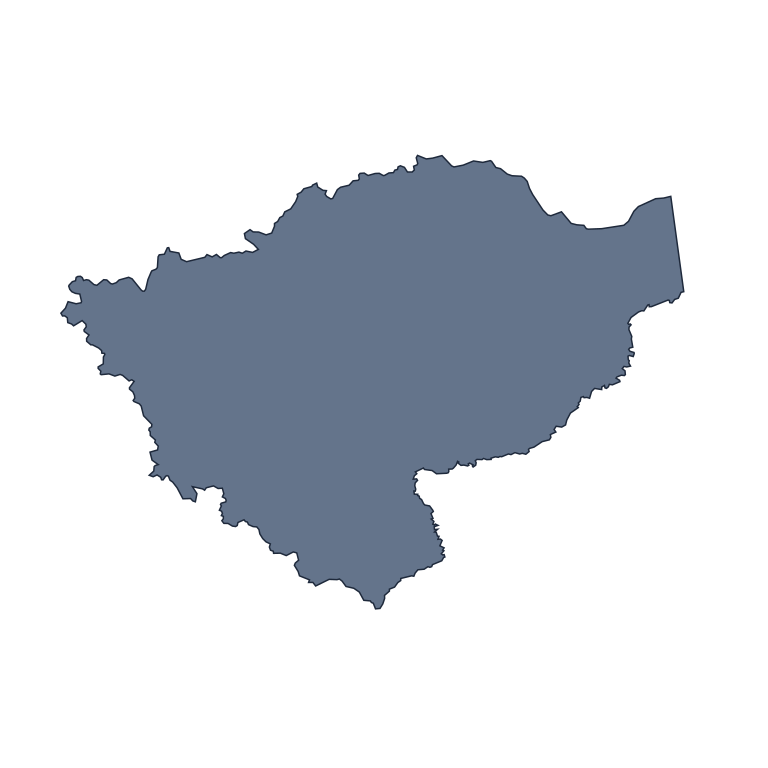 the district of Uruará, Pará, Brazil, rotated 82°
{"feature_id": "56859067B7583644693749", "entity_name": "Uruará", "entity_type": "district", "adm_level": 2, "iso_a3": "BRA", "parent_name": "Brazil", "parent_adm1": "Pará", "projection": "natural_earth1", "projection_center": [-53.819, -3.577], "detail": "fine", "context": "isolated", "style": "filled", "palette": "slate", "viewbox_px": 768, "rotation_deg": 82, "n_neighbors": 0, "source": "geoboundaries", "source_scale": "gbopen_adm2", "svg_char_len": 6147}
<svg xmlns="http://www.w3.org/2000/svg" viewBox="0 0 768 768"><g transform="rotate(82 384 384)"><path d="M596.9,427.7L598.6,426.9L599.6,425.1L605.5,423.7L605.7,419.2L601.6,415.8L596.4,413.2L593.4,412.9L589.9,407.5L587.9,407.2L586.6,401.8L582.5,397.9L581.0,394.8L578.9,394.5L577.8,383.4L578.5,381.2L575.6,379.5L572.7,376.3L573.0,370.0L571.0,365.9L571.9,364.1L571.5,362.2L569.6,361.1L567.1,351.4L564.1,349.1L563.8,347.8L561.3,348.2L561.4,349.7L560.1,350.9L557.5,347.9L556.7,349.1L554.6,347.3L552.0,351.2L547.0,348.2L545.4,349.7L545.3,352.2L542.5,350.7L542.1,352.2L538.2,352.9L537.6,354.6L535.3,351.1L535.2,354.3L532.3,354.1L531.5,350.2L529.8,352.7L530.6,353.8L529.6,355.2L527.0,353.7L524.3,356.1L523.9,354.2L518.8,355.5L517.1,352.9L515.9,353.2L511.1,355.8L509.5,360.4L508.0,361.5L503.6,362.9L502.2,364.6L499.9,364.8L499.1,366.2L497.9,365.9L497.3,369.3L494.2,369.3L494.4,367.9L492.5,367.2L489.1,367.7L486.3,366.9L484.1,364.2L482.5,364.9L482.3,368.3L479.1,366.7L477.4,364.0L475.4,365.2L472.7,356.7L474.3,355.8L476.4,348.4L480.2,344.5L481.1,334.3L480.8,332.7L479.7,332.0L477.3,331.8L477.7,328.4L477.0,327.0L474.3,323.9L470.8,321.9L471.7,320.8L472.5,321.8L475.3,319.1L475.4,316.2L476.8,312.6L476.2,311.2L474.8,311.7L474.2,310.3L476.5,307.0L477.4,307.9L478.6,307.3L477.2,304.5L474.8,303.7L472.7,304.3L471.6,302.5L472.5,297.4L471.6,295.8L473.2,292.8L473.6,288.4L472.4,288.4L471.6,283.9L472.5,281.0L471.9,279.3L472.4,277.6L470.6,270.5L471.6,268.1L470.2,263.9L472.2,259.4L471.9,256.7L473.3,253.3L471.1,249.7L468.8,250.0L468.0,248.7L467.4,244.3L463.1,235.4L462.3,228.0L460.1,226.2L457.2,226.3L455.5,220.5L452.7,221.9L449.8,219.4L451.4,214.0L449.8,209.9L445.1,208.0L438.7,203.4L434.4,194.9L433.3,195.8L431.4,193.7L429.8,194.2L428.3,192.1L424.7,190.9L424.2,188.3L425.4,187.8L425.5,185.0L426.7,182.4L420.3,179.5L417.7,176.1L419.8,169.2L417.3,168.8L416.1,165.9L418.6,165.7L419.3,164.3L418.0,162.2L415.7,160.9L416.6,157.9L414.5,150.0L413.1,150.2L410.5,153.4L409.4,152.3L408.3,147.7L409.1,144.8L408.3,143.7L404.5,143.5L401.9,145.9L400.0,143.9L400.9,141.3L400.6,137.4L397.3,138.7L395.0,137.9L394.0,138.7L390.4,138.5L389.9,137.1L391.5,133.4L388.8,132.0L387.6,132.0L385.8,135.9L383.7,136.9L382.5,135.5L382.2,132.5L373.9,132.8L371.4,132.0L364.2,133.9L361.7,133.4L359.8,131.1L358.8,131.8L359.0,133.4L357.9,134.1L352.5,130.1L348.1,121.9L347.3,118.5L347.8,116.5L342.5,111.8L342.3,110.5L344.4,110.6L344.6,108.4L340.4,91.0L341.0,89.8L343.2,89.7L343.8,87.5L340.7,84.4L340.0,80.6L334.6,77.1L334.3,74.3L238.1,73.9L238.8,81.1L238.3,89.2L243.7,107.4L247.7,112.5L256.9,119.2L260.2,124.4L260.5,146.7L259.1,160.2L258.4,162.0L254.7,164.0L253.2,170.9L251.0,176.3L238.2,184.3L240.6,195.3L239.4,198.3L233.8,202.4L217.1,210.4L210.6,212.7L203.3,214.0L199.6,216.4L197.4,218.9L195.6,228.2L193.3,232.7L187.0,238.6L185.2,243.1L178.4,246.5L177.6,247.7L178.3,255.3L175.6,264.3L178.3,275.1L178.8,284.5L177.4,286.7L165.9,294.8L167.1,304.4L167.0,310.8L162.3,319.0L164.5,320.6L170.4,319.9L171.6,320.8L172.5,324.4L176.3,324.2L178.0,326.6L177.3,331.3L172.3,333.6L170.2,337.4L170.9,339.8L173.4,340.8L173.7,343.5L176.0,345.2L175.7,349.8L177.5,354.3L177.5,355.7L174.7,359.4L174.3,363.5L175.3,370.8L172.4,374.2L172.1,378.4L173.6,380.0L177.5,379.9L178.7,381.2L178.5,386.3L182.3,390.9L183.1,399.6L185.0,403.1L193.1,409.0L193.3,410.9L190.3,414.7L187.8,415.9L184.5,414.1L183.7,417.5L179.7,422.2L175.7,422.7L177.1,427.1L178.4,428.0L179.5,436.2L182.5,439.4L184.1,443.6L186.3,443.3L191.1,446.1L197.6,452.0L199.7,458.3L203.6,460.8L204.7,464.0L208.3,466.7L209.8,470.1L212.6,470.5L218.9,474.2L219.9,480.0L216.1,486.9L215.2,492.4L212.5,495.2L215.6,501.3L220.8,501.0L227.5,493.7L233.2,489.7L235.4,495.8L233.1,502.2L234.8,506.1L233.2,509.3L233.6,514.5L232.5,517.6L234.5,524.3L236.3,527.2L236.1,528.6L232.4,531.9L234.2,536.5L231.2,541.3L233.6,543.8L235.4,562.5L232.3,567.5L225.7,568.9L222.9,577.4L219.0,578.2L219.0,579.6L224.9,583.4L224.8,588.6L226.6,590.0L237.2,592.2L238.6,593.9L239.6,598.1L240.7,599.0L247.7,603.2L257.0,606.8L258.7,608.4L258.5,610.1L257.0,611.5L244.8,618.8L242.8,622.0L244.1,631.8L246.4,635.0L247.2,639.0L246.5,640.7L242.4,644.0L241.7,647.1L246.3,654.6L245.2,657.4L240.1,661.8L239.3,664.2L239.7,667.1L236.6,668.0L235.1,669.6L234.9,672.3L235.6,674.0L238.8,675.1L239.3,678.4L242.2,682.0L243.2,682.6L246.5,682.0L249.2,680.3L251.3,677.0L252.6,672.7L260.2,672.0L261.4,672.7L261.7,677.7L258.5,685.4L264.6,688.9L268.9,694.1L271.9,692.9L272.1,690.7L274.3,688.4L279.2,688.6L281.1,685.0L283.2,683.3L279.2,674.1L283.3,670.9L285.9,670.9L288.7,673.6L290.3,673.5L294.4,669.3L297.5,672.2L300.3,672.5L304.4,668.9L304.6,667.3L308.6,661.6L311.6,659.0L314.2,659.1L314.8,656.5L316.0,656.4L318.2,658.1L325.0,659.2L327.3,664.7L328.8,664.9L331.9,662.6L334.5,663.6L335.4,662.8L335.7,654.9L338.7,649.4L337.8,644.0L339.1,641.6L345.5,636.0L344.7,633.2L346.6,631.1L352.3,636.6L353.7,636.7L356.8,633.8L360.6,632.7L363.4,632.8L365.4,634.7L366.5,634.1L369.6,629.0L372.1,627.5L382.0,626.5L391.6,619.5L394.0,620.1L395.1,622.6L396.9,623.3L398.7,622.2L402.5,622.6L407.6,618.2L409.9,619.1L414.1,616.2L417.8,617.4L418.9,625.2L427.1,624.3L432.4,618.8L432.9,621.9L433.8,623.1L438.2,624.1L441.7,629.2L443.7,625.5L442.5,621.4L445.3,618.1L447.9,617.6L448.2,616.1L445.0,613.1L444.5,611.6L445.3,610.3L449.5,609.3L451.7,606.9L458.0,603.3L469.7,599.1L470.5,591.5L473.2,589.6L474.4,587.2L466.6,584.5L459.0,588.0L462.6,578.3L464.2,576.4L462.0,574.4L461.2,567.0L464.4,562.8L464.7,558.6L470.4,557.9L473.3,559.8L475.3,557.0L477.1,556.5L478.7,557.1L479.4,561.8L480.6,562.7L482.1,562.0L486.1,564.6L487.3,562.6L489.6,562.0L491.7,563.4L492.7,561.5L495.2,561.9L496.8,563.6L499.7,562.0L500.4,557.8L503.6,553.9L504.5,550.8L503.7,549.0L500.8,547.9L499.0,541.5L500.9,540.4L501.7,538.5L504.4,537.7L507.0,533.5L507.8,529.9L510.7,528.1L515.2,527.8L520.2,525.6L523.9,522.8L526.5,518.8L529.5,520.2L532.8,519.5L534.2,516.9L536.3,516.9L537.1,510.2L540.3,504.7L537.7,497.2L539.1,493.9L546.6,493.1L549.0,496.8L551.1,498.0L557.7,495.1L562.2,494.4L567.6,485.0L570.0,486.3L570.6,482.0L574.5,479.8L569.8,465.5L571.2,457.8L570.9,455.3L573.4,452.9L579.2,449.8L582.1,442.3L586.6,437.4L595.4,434.1L596.9,427.7Z" fill="#64748b" stroke="#1e293b" stroke-width="1.5"/></g></svg>